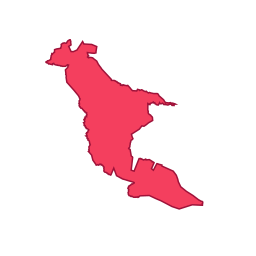 Malinaltepec, Guerrero, Mexico (Natural Earth projection), rotated 312°
{"feature_id": "50627088B5493322532646", "entity_name": "Malinaltepec", "entity_type": "district", "adm_level": 2, "iso_a3": "MEX", "parent_name": "Mexico", "parent_adm1": "Guerrero", "projection": "natural_earth1", "projection_center": [-98.711, 17.129], "detail": "fine", "context": "isolated", "style": "filled", "palette": "rose", "viewbox_px": 256, "rotation_deg": 312, "n_neighbors": 0, "source": "geoboundaries", "source_scale": "gbopen_adm2", "svg_char_len": 5826}
<svg xmlns="http://www.w3.org/2000/svg" viewBox="0 0 256 256"><g transform="rotate(312 128 128)"><path d="M154.9,26.0L154.5,25.6L152.7,25.0L151.2,25.1L150.0,25.5L149.3,24.9L148.5,23.5L147.6,23.2L147.4,22.8L145.4,22.4L144.2,23.7L143.0,24.1L142.2,24.6L138.9,22.0L137.1,21.0L135.8,22.1L135.4,22.2L135.1,22.7L133.6,22.3L132.3,22.4L132.2,21.7L131.3,22.3L130.1,22.6L129.1,23.5L128.4,23.7L127.2,24.7L124.6,23.8L124.2,23.3L123.3,23.2L122.2,22.8L122.0,23.0L121.9,23.3L122.1,24.1L122.6,24.8L122.5,26.3L123.1,26.7L123.4,27.5L124.5,29.5L125.3,28.9L125.9,29.5L126.3,29.6L126.0,30.5L126.3,31.7L126.8,32.3L127.2,33.3L127.6,33.5L127.6,33.9L129.0,35.9L129.1,36.7L129.4,36.7L130.1,38.2L132.0,40.3L134.5,40.7L135.0,41.7L133.2,42.3L132.7,42.7L129.3,42.6L126.8,45.5L126.1,45.9L125.9,46.6L125.4,47.3L124.9,47.7L124.4,47.9L121.1,51.9L119.9,62.6L118.9,69.2L118.4,70.9L117.8,71.8L117.6,72.9L116.1,73.6L115.5,73.5L114.3,74.8L113.9,74.9L113.7,75.5L113.2,75.4L113.2,75.8L113.0,76.2L111.8,76.8L111.8,77.4L111.5,77.8L111.7,78.3L111.4,78.5L111.4,79.2L111.2,79.5L111.3,80.0L111.8,80.6L111.8,80.9L111.5,82.0L111.6,82.6L111.3,83.0L111.4,83.4L111.2,83.7L111.5,84.1L111.0,85.3L111.4,85.8L111.4,86.4L111.2,86.7L111.5,87.2L110.7,87.6L110.6,88.4L110.4,88.6L109.8,88.9L109.0,88.8L108.7,89.6L108.3,89.2L107.8,89.1L107.5,88.8L107.0,89.3L106.5,89.2L106.4,89.8L105.9,90.1L105.7,89.9L105.6,89.6L104.8,89.5L104.6,89.7L104.6,90.2L104.4,90.4L104.4,90.8L103.7,91.7L103.2,91.8L102.2,91.4L101.8,93.0L101.2,93.1L100.6,93.6L100.6,94.1L101.0,94.6L100.5,95.1L100.1,95.9L100.2,96.4L100.0,96.6L99.9,96.9L100.2,96.9L99.9,97.4L99.9,97.7L100.0,98.1L100.3,98.3L100.4,100.0L100.0,100.2L99.0,100.2L98.0,100.9L97.5,100.8L97.3,100.5L97.0,100.4L96.7,100.8L96.0,100.6L95.8,101.4L95.2,101.8L94.7,101.9L94.9,102.7L94.4,103.0L94.0,102.6L94.1,103.4L93.5,103.9L93.3,105.2L92.9,105.0L92.9,105.6L92.2,106.4L92.6,107.3L91.8,108.9L91.2,109.3L90.8,110.1L90.6,110.8L90.1,110.8L89.7,111.3L87.9,111.5L86.3,113.2L85.5,113.4L85.1,114.5L84.8,114.6L84.1,114.3L83.5,119.1L80.6,123.4L79.4,128.6L79.1,129.0L79.3,129.4L80.5,130.0L80.5,130.7L80.9,131.2L81.8,131.0L82.3,131.3L82.8,131.8L82.8,132.3L83.0,132.4L83.0,132.6L82.7,132.9L83.1,133.0L83.0,133.4L83.2,133.7L83.3,134.4L82.7,135.6L82.9,135.9L82.9,136.4L81.5,137.3L81.1,138.1L80.0,138.7L79.7,139.3L79.7,140.4L80.4,141.6L80.3,142.4L80.6,142.7L80.7,143.1L80.7,143.5L80.4,143.9L80.8,144.6L80.7,145.1L81.2,145.5L81.4,146.6L81.7,146.7L88.6,144.3L84.9,151.4L86.5,158.1L91.2,167.9L91.6,169.1L91.3,169.4L90.5,169.0L89.6,169.0L89.2,168.8L89.1,168.3L88.8,168.2L87.6,168.1L87.1,168.3L86.6,167.8L85.7,167.8L85.2,167.4L84.8,167.6L84.3,168.2L83.2,168.1L82.9,168.7L82.9,169.5L82.7,169.9L81.7,170.3L81.1,171.0L80.0,171.3L79.7,171.9L79.4,172.1L78.9,172.7L78.5,174.0L78.8,174.3L78.8,174.6L79.0,174.8L79.1,176.0L79.4,175.9L80.0,176.8L80.2,178.3L81.6,180.0L82.1,180.1L82.3,180.7L82.9,181.1L83.0,181.5L83.3,181.5L83.2,181.9L83.7,182.1L84.0,181.9L84.3,182.2L84.9,182.1L85.8,182.5L92.1,189.0L94.2,196.0L96.0,201.2L99.1,213.3L102.1,220.2L113.9,227.1L120.4,235.0L121.3,234.3L121.3,233.9L122.0,233.9L123.0,233.1L123.0,232.0L122.4,231.2L122.1,229.2L121.9,229.0L121.3,221.4L120.0,213.9L119.6,206.5L121.7,201.4L123.3,199.1L125.2,195.5L126.2,190.5L122.4,178.7L123.2,177.9L122.4,176.7L122.3,176.1L121.8,175.7L121.7,174.9L121.4,174.7L121.2,173.8L120.8,173.3L113.6,175.1L113.5,172.7L119.7,170.6L119.7,170.0L119.5,169.3L119.3,169.0L119.5,169.0L118.8,165.0L116.8,163.2L116.5,162.8L116.8,162.4L116.6,161.9L116.1,162.1L115.4,161.2L115.1,161.2L114.6,160.9L114.4,160.1L114.2,159.7L114.1,159.3L114.3,158.8L113.6,158.5L113.6,157.5L113.3,157.4L112.9,156.9L112.7,156.7L100.0,161.4L98.8,158.6L109.3,151.1L109.5,150.4L109.4,150.2L109.4,149.1L113.5,143.9L113.3,143.5L113.4,142.8L113.1,142.5L113.1,142.3L114.0,142.0L114.8,142.1L115.4,141.9L115.9,141.3L116.9,140.8L118.4,139.7L118.9,139.6L120.7,138.6L121.2,138.5L122.0,138.9L123.3,138.9L124.3,136.8L125.7,134.7L134.7,137.2L138.8,136.9L140.0,138.7L142.8,139.4L145.6,139.8L150.1,141.3L152.2,139.1L152.5,138.1L152.4,137.5L152.7,136.1L152.3,134.7L152.6,133.1L153.3,132.3L154.1,131.8L154.2,131.2L154.8,130.5L159.1,126.7L159.0,127.4L159.3,127.7L159.9,127.5L159.8,128.2L160.1,128.7L161.2,128.2L162.0,128.5L162.6,129.1L163.1,129.1L164.2,129.4L163.8,130.3L164.7,130.9L164.1,131.8L164.4,132.6L164.3,133.4L164.8,134.4L165.4,135.2L167.9,134.6L167.5,135.4L167.8,136.0L168.4,136.6L169.6,137.1L169.6,137.6L169.4,139.0L170.0,139.6L170.7,139.6L170.6,140.5L171.0,140.9L171.5,141.9L171.9,142.4L173.0,142.8L174.7,144.2L174.8,144.8L174.3,145.2L174.2,145.5L174.5,146.0L175.3,146.2L175.4,147.2L175.6,147.2L176.1,146.3L176.4,146.2L177.5,147.3L177.3,146.5L176.6,145.3L176.5,144.6L175.5,144.0L175.4,142.7L173.8,141.4L172.4,139.4L172.1,138.4L172.1,137.7L172.8,135.6L172.7,129.4L173.3,128.0L173.3,127.1L173.1,126.6L170.9,124.2L169.3,121.5L168.8,120.2L167.7,119.7L167.5,118.5L167.5,116.9L166.7,116.6L165.9,114.4L165.9,113.6L165.6,112.7L165.4,112.4L163.8,111.6L164.0,111.0L163.9,110.8L163.1,109.2L161.4,109.7L158.7,106.3L159.0,103.6L159.2,102.7L159.5,99.3L158.7,98.9L158.4,98.5L158.3,98.1L157.4,97.0L157.2,96.5L157.3,96.1L157.0,95.7L156.7,95.4L156.5,95.7L156.3,95.5L156.1,95.6L155.7,95.3L155.5,94.1L155.0,94.2L154.8,93.9L155.6,93.4L155.8,92.8L155.4,92.4L155.6,92.0L155.1,91.1L155.2,90.9L155.1,90.4L154.8,90.3L155.0,88.8L154.6,88.6L154.7,87.7L154.3,87.2L154.5,86.8L154.2,86.1L152.3,83.8L153.0,82.9L154.2,69.2L154.8,66.9L154.9,65.8L155.2,65.0L155.4,63.6L156.8,60.0L156.5,56.4L156.5,54.8L155.6,53.2L154.4,52.0L153.7,51.6L153.7,50.4L154.7,50.2L154.9,50.4L155.3,50.5L155.4,50.3L155.5,50.2L155.4,49.5L155.6,49.0L156.2,48.4L156.3,47.9L156.9,47.3L159.4,51.0L161.0,53.0L162.4,53.9L163.5,53.0L167.6,50.3L165.8,45.1L160.9,39.0L161.9,36.4L151.8,37.9L148.2,36.3L146.7,34.6L149.0,29.3L151.4,30.1L151.7,30.0L152.9,28.5L154.1,27.5L154.9,26.0Z" fill="#f43f5e" stroke="#9f1239" stroke-width="1.5"/></g></svg>